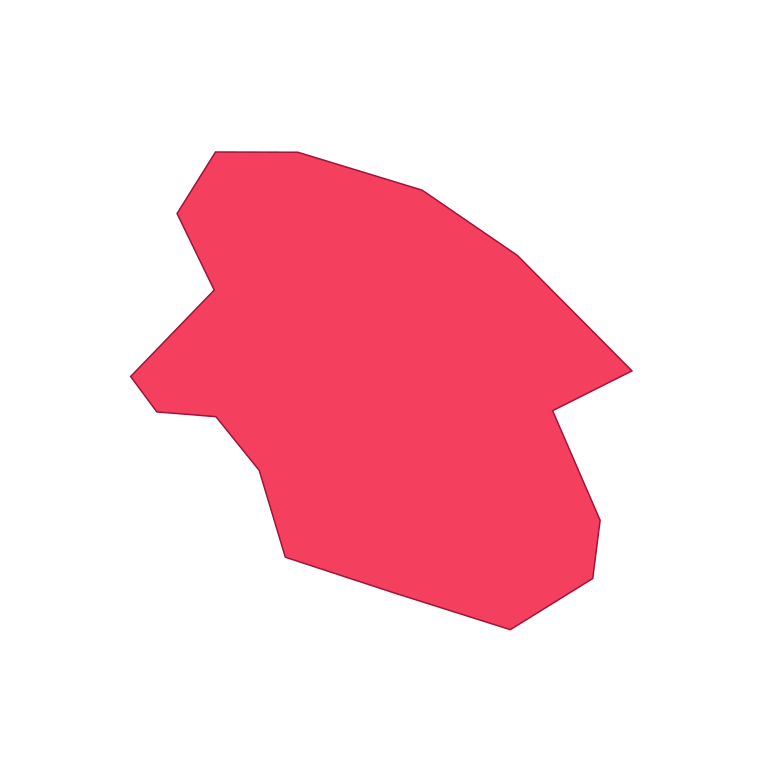 the Urban county of Veszprém, rotated 317°
{"feature_id": "HUN-4909", "entity_name": "Veszprém", "entity_type": "Urban county", "adm_level": 1, "iso_a3": "HUN", "parent_name": "Hungary", "parent_adm1": "", "projection": "robinson", "projection_center": [17.909, 47.119], "detail": "fine", "context": "isolated", "style": "filled", "palette": "rose", "viewbox_px": 768, "rotation_deg": 317, "n_neighbors": 0, "source": "natural_earth", "source_scale": "10m", "svg_char_len": 385}
<svg xmlns="http://www.w3.org/2000/svg" viewBox="0 0 768 768"><g transform="rotate(317 384 384)"><path d="M419.0,99.4L479.0,155.7L544.1,268.3L569.2,380.9L574.3,543.5L489.1,518.5L449.1,631.1L404.0,668.6L308.8,649.8L248.8,543.5L193.7,443.4L233.8,362.1L238.8,293.3L198.8,249.5L203.8,205.7L323.9,199.5L348.9,118.2L419.0,99.4Z" fill="#f43f5e" stroke="#9f1239" stroke-width="1.5"/></g></svg>